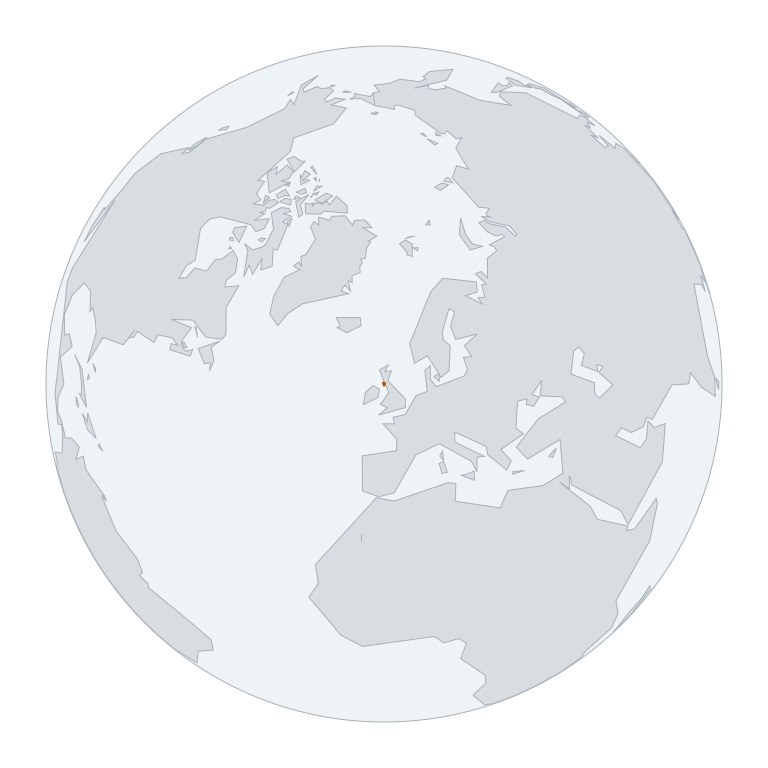 the Earth from above East Ayrshire
{"feature_id": "GBR-2001", "entity_name": "East Ayrshire", "entity_type": "Unitary District", "adm_level": 1, "iso_a3": "GBR", "parent_name": "United Kingdom", "parent_adm1": "", "projection": "orthographic", "projection_center": [-4.337, 55.451], "detail": "fine", "context": "on_globe", "style": "filled", "palette": "amber", "viewbox_px": 768, "rotation_deg": 0, "n_neighbors": 0, "source": "natural_earth", "source_scale": "10m", "svg_char_len": 10997}
<svg xmlns="http://www.w3.org/2000/svg" viewBox="0 0 768 768"><circle cx="384" cy="384" r="338" fill="#eef3f6" stroke="#a8b0b8"/><path d="M64.4,493.8L56.7,467.1L57.3,462.8L55.3,452.0L61.9,453.3L62.8,432.9L61.2,424.4L58.0,424.1L55.0,392.3L57.5,372.2L67.3,281.8L72.4,268.0L78.9,257.8L114.9,200.4L84.1,241.9L91.9,226.3L104.2,207.7L104.8,209.5L123.2,188.5L134.6,173.7L161.0,153.7L189.6,147.4L181.4,153.9L189.2,152.2L200.0,144.2L205.2,139.4L246.8,127.3L284.5,108.7L290.6,99.3L293.9,104.7L301.4,85.1L318.2,75.5L302.8,88.8L304.0,92.2L317.1,86.5L321.2,88.8L329.9,87.6L333.5,91.1L324.3,99.3L326.5,101.9L335.6,97.9L345.1,99.3L331.3,104.8L346.4,108.0L333.7,123.7L293.8,137.9L290.2,151.6L258.2,180.2L264.6,181.3L256.5,193.6L260.8,199.7L253.6,203.9L263.3,205.2L269.0,200.3L275.1,199.4L278.2,202.7L269.6,208.3L266.8,207.5L265.9,210.9L260.3,212.5L264.8,213.6L254.0,220.5L269.1,218.7L264.3,228.5L255.9,231.7L251.1,224.7L219.7,216.8L209.7,219.0L200.5,228.5L195.2,260.0L186.5,265.6L179.0,278.1L186.3,277.7L194.8,268.0L206.6,271.0L215.6,259.4L221.7,259.2L233.3,250.4L237.6,259.2L235.5,272.7L226.1,280.6L225.0,287.0L238.8,285.8L226.1,307.5L226.0,334.2L222.1,339.4L205.5,337.0L193.0,320.1L171.5,319.4L191.5,327.7L181.3,341.5L182.2,347.3L186.3,351.4L192.6,349.5L190.3,356.1L169.7,349.7L171.4,343.6L177.9,345.4L172.0,337.9L158.0,334.8L154.0,342.5L137.2,331.4L134.0,337.0L128.7,338.0L134.8,329.7L123.4,344.8L103.1,337.5L87.3,363.1L96.2,332.8L95.3,320.2L92.8,307.6L90.0,311.5L90.5,291.1L84.4,282.8L72.3,295.0L64.3,315.0L64.7,335.5L69.3,333.7L72.2,346.5L60.4,356.8L63.9,384.4L58.0,397.0L57.7,411.8L61.8,421.9L65.4,438.0L71.3,438.0L79.3,447.1L76.0,459.6L83.2,456.0L85.8,469.5L103.8,495.1L101.6,496.0L116.3,531.4L137.6,559.3L142.5,572.7L139.4,575.3L148.1,584.0L148.3,587.5L187.3,619.5L211.3,640.0L213.1,650.1L198.3,651.2L197.1,662.8L173.7,648.4L174.5,649.2L156.1,633.5L138.9,616.7L123.0,598.6L108.3,579.4L95.1,559.3L83.3,538.2L73.1,516.4L64.4,493.8ZM82.1,369.5L86.5,407.5L79.4,393.6L81.5,394.5L81.4,383.1L79.6,366.0L74.6,354.5L82.1,369.5ZM94.3,369.0L93.1,363.4L94.9,368.0L94.3,369.0ZM206.9,137.1L199.8,143.9L188.5,150.6L193.9,144.5L206.9,137.1ZM228.9,126.1L226.7,129.6L218.2,130.3L222.1,128.1L228.9,126.1ZM294.0,92.4L287.5,96.0L292.5,91.8L294.0,92.4ZM330.4,86.9L331.0,85.2L335.3,85.4L330.4,86.9ZM230.1,246.3L231.6,248.3L228.7,248.9L230.1,246.3ZM233.7,240.7L229.2,239.9L230.3,237.2L233.0,237.7L233.7,240.7ZM344.8,91.0L351.4,92.1L343.0,92.4L344.8,91.0ZM239.0,242.5L232.7,232.5L234.6,227.8L246.7,226.1L239.0,242.5ZM354.3,93.6L370.5,96.6L373.2,93.0L374.8,105.5L360.5,98.5L349.7,99.2L355.3,96.5L354.3,93.6ZM269.5,197.4L263.5,202.7L265.6,195.3L269.5,197.4ZM269.3,192.9L267.1,172.5L277.4,166.7L276.1,174.5L287.2,164.9L293.3,172.0L288.6,178.9L280.7,181.1L289.1,182.2L269.3,192.9ZM373.1,112.3L375.7,114.4L371.2,113.8L373.1,112.3ZM277.8,198.5L276.4,194.7L285.2,189.3L289.6,195.9L285.4,195.5L277.8,198.5ZM287.1,159.1L294.4,156.5L301.4,161.4L305.2,161.2L294.4,171.7L287.1,159.1ZM284.9,198.4L291.6,199.4L290.3,205.1L279.7,201.8L284.9,198.4ZM285.7,185.2L290.1,183.0L289.1,186.3L285.7,185.2ZM289.2,226.4L287.3,221.6L291.7,218.3L289.2,226.4ZM294.2,199.5L294.7,197.5L296.2,195.8L300.2,197.7L294.2,199.5ZM300.1,174.6L301.5,177.4L304.9,170.5L310.3,174.3L302.0,180.7L307.8,179.5L309.5,180.7L300.9,184.7L300.1,174.6ZM309.0,194.6L300.4,204.6L302.8,214.0L298.9,217.1L295.7,201.5L309.0,194.6ZM305.0,188.4L306.6,192.8L300.9,194.2L296.4,192.1L305.0,188.4ZM316.9,174.6L310.8,167.2L312.8,166.1L316.9,174.6ZM310.8,197.0L312.8,194.5L311.6,197.4L310.8,197.0ZM316.3,181.1L313.8,178.5L316.2,177.3L316.3,181.1ZM319.0,191.9L316.2,195.1L313.0,193.6L319.0,191.9ZM318.6,186.7L322.5,185.7L313.5,191.2L317.2,185.7L318.6,186.7ZM318.9,180.3L319.5,178.8L319.6,181.6L318.9,180.3ZM332.7,196.0L322.2,203.3L315.1,199.9L326.3,193.2L332.7,196.0ZM700.3,265.2L702.3,272.1L708.2,288.8L709.8,294.3L706.6,284.1L700.8,275.1L705.2,291.4L701.3,284.3L694.0,284.1L698.3,307.8L707.6,356.4L714.7,377.2L715.3,396.4L701.6,387.4L690.6,372.7L688.7,383.9L672.1,384.8L652.1,419.5L646.6,417.3L643.4,426.7L631.2,432.5L621.8,427.7L615.6,435.6L640.3,447.7L646.5,439.0L648.0,420.8L654.0,427.6L665.3,423.5L662.4,461.7L628.3,524.4L620.6,510.5L571.5,484.8L570.5,477.8L570.1,477.2L569.2,476.2L569.4,488.7L559.4,482.0L590.4,506.4L597.5,519.4L627.9,526.0L626.2,530.7L634.6,529.0L656.2,498.5L657.3,504.0L649.8,540.5L616.0,600.7L618.0,613.8L611.3,628.1L584.6,652.0L581.4,657.5L566.8,667.7L562.2,671.1L558.3,673.5L537.5,685.1L515.9,695.1L493.6,703.6L494.3,703.4L484.7,704.8L473.1,695.3L486.0,682.9L484.9,674.9L460.8,658.7L466.4,643.2L458.8,638.5L443.9,642.9L434.6,636.6L425.1,637.7L362.6,646.4L341.0,635.2L308.9,597.2L318.3,583.4L315.4,564.6L376.4,497.8L394.4,501.0L448.3,482.6L455.9,483.5L455.2,501.2L500.0,508.0L507.9,490.4L543.0,485.5L562.8,473.2L560.1,439.4L527.6,459.0L516.4,447.3L538.0,419.0L565.6,401.9L562.2,396.9L540.1,395.8L541.7,380.3L531.9,394.4L539.4,397.2L533.5,406.3L526.3,404.4L527.1,398.8L517.5,401.3L515.9,428.1L523.3,433.9L500.9,449.5L511.2,460.8L506.7,470.1L487.8,454.6L486.1,446.4L454.8,432.0L454.7,441.9L484.1,456.4L477.0,457.2L477.0,471.6L471.4,461.2L439.3,443.7L416.0,454.7L394.4,492.6L379.0,496.8L362.5,491.0L362.2,455.9L396.5,450.7L396.9,439.1L383.0,423.8L394.6,423.8L393.2,417.3L405.4,414.5L415.9,395.8L427.3,391.4L424.9,370.4L430.4,365.6L430.3,379.2L436.3,386.7L464.0,376.0L467.4,369.9L463.6,357.4L471.6,356.4L464.4,345.7L477.1,334.0L455.6,339.5L450.5,325.9L454.5,311.9L449.0,308.6L442.4,331.6L443.3,340.1L450.2,345.6L449.1,370.6L441.1,377.4L427.5,355.7L414.6,363.3L409.7,343.9L430.5,292.2L442.6,278.3L476.2,281.9L477.2,292.1L465.6,295.6L482.4,304.1L478.1,297.7L484.9,297.2L481.7,284.9L486.3,284.0L475.4,273.9L480.7,271.5L487.5,277.9L487.4,258.4L496.7,250.7L494.4,246.8L489.4,244.8L504.5,236.8L502.2,234.3L496.3,235.9L487.9,232.2L478.9,222.7L484.6,220.4L488.6,223.5L505.6,227.1L515.5,236.3L516.9,234.4L509.7,226.0L488.9,221.6L481.9,216.6L491.7,217.2L487.6,216.5L485.9,213.4L489.5,208.3L478.8,207.1L452.2,177.8L456.6,165.7L468.3,169.1L455.8,148.2L461.8,137.6L456.4,138.9L446.8,130.6L444.7,133.7L441.4,133.8L415.8,115.6L414.2,110.0L397.0,104.9L394.2,105.7L394.4,109.4L374.8,105.5L373.2,93.0L379.6,91.6L374.2,85.2L389.6,83.3L399.8,79.2L419.6,81.7L426.0,78.7L423.1,76.6L429.6,71.5L452.8,69.3L446.6,80.1L414.2,88.1L428.5,85.3L429.0,88.8L436.5,89.8L446.2,88.0L445.0,85.9L479.9,100.2L510.8,105.4L499.5,96.4L500.6,91.7L525.9,92.8L577.4,118.6L579.3,115.0L584.8,117.3L595.0,125.6L587.3,122.3L590.5,127.8L584.6,125.0L598.4,138.2L590.6,134.9L605.1,147.4L608.4,146.3L599.1,135.4L615.1,148.4L615.9,143.3L624.8,149.1L653.2,180.6L668.9,204.1L671.7,208.0L673.3,212.6L682.4,228.7L684.8,230.1L700.3,265.2ZM361.6,534.7L361.4,540.8L361.6,534.7ZM599.4,398.2L612.9,384.8L598.9,372.4L602.9,366.4L596.7,364.7L597.8,371.6L581.4,365.4L584.3,353.5L578.6,346.8L573.8,351.1L571.0,374.1L594.5,382.8L594.8,393.8L599.4,398.2ZM104.5,495.8L106.3,501.2L103.1,497.2L104.5,495.8ZM76.1,396.6L78.1,402.7L78.4,407.6L76.4,403.8L76.1,396.6ZM99.1,443.9L102.6,451.2L98.0,445.8L99.1,443.9ZM87.7,413.1L96.2,438.5L87.4,429.5L82.4,413.5L87.2,421.4L87.7,413.1ZM88.5,373.8L89.3,378.3L87.4,379.6L88.5,373.8ZM95.5,372.4L94.9,371.2L95.5,367.5L95.5,372.4ZM182.6,341.8L184.1,342.5L187.2,347.7L183.7,347.2L182.6,341.8ZM213.9,360.3L209.7,370.6L210.2,362.7L204.4,363.7L198.2,348.6L219.8,341.2L211.1,347.0L213.9,360.3ZM196.0,327.3L197.5,337.1L195.0,326.7L196.0,327.3ZM373.1,385.6L379.5,389.2L378.0,397.5L363.5,404.6L365.4,392.5L373.1,385.6ZM388.8,392.6L379.4,370.0L388.1,365.2L384.8,371.6L391.5,370.7L388.0,380.9L405.5,399.1L405.3,407.6L378.6,415.1L387.4,407.7L380.6,404.4L388.8,392.6ZM340.2,325.9L336.3,317.5L360.2,317.7L361.1,325.7L346.7,332.8L337.1,327.7L340.2,325.9ZM261.5,242.0L258.5,239.8L260.9,238.0L265.4,238.5L261.5,242.0ZM287.9,224.4L277.4,250.3L273.3,249.0L272.0,266.5L260.8,269.9L262.1,258.3L252.5,274.4L249.1,265.2L243.8,276.7L247.8,250.5L244.4,243.4L252.4,249.9L262.7,246.9L266.2,243.5L273.5,228.8L271.3,212.6L281.2,207.6L288.8,208.4L290.8,211.5L283.7,213.6L291.5,216.2L282.8,221.8L287.9,224.4ZM371.8,227.7L362.8,227.6L377.0,236.3L368.4,240.9L370.6,241.6L366.5,248.4L365.4,258.1L360.7,259.0L362.3,262.4L359.7,267.2L360.3,272.3L352.0,275.9L352.1,282.6L348.2,280.6L350.5,291.1L345.1,285.0L341.1,290.9L348.5,293.7L302.5,303.8L287.5,313.7L277.9,325.6L269.8,314.2L273.7,296.2L284.2,277.2L299.8,269.7L293.4,266.2L298.9,261.7L301.7,266.4L300.8,256.6L306.1,254.3L315.4,239.1L310.7,227.2L314.0,221.6L318.5,225.1L318.7,217.2L329.4,220.2L332.0,216.4L345.2,215.8L352.4,225.2L354.7,220.3L364.9,220.0L371.8,227.7ZM336.4,196.2L347.0,205.7L347.4,213.1L324.3,211.1L320.4,214.2L305.6,213.7L305.2,203.2L309.5,204.2L313.6,202.8L312.1,206.6L316.3,202.5L322.3,203.9L327.3,201.2L329.3,205.0L336.4,196.2ZM461.3,475.2L466.6,474.3L474.2,471.0L474.3,480.3L461.3,475.2ZM439.2,463.6L443.5,461.3L447.4,472.3L441.9,473.4L439.2,463.6ZM442.6,451.0L443.5,460.3L439.8,455.9L442.6,451.0ZM434.0,376.6L438.2,373.6L439.9,376.2L439.1,381.3L434.0,376.6ZM412.2,256.5L406.9,254.8L407.4,252.6L399.5,243.8L405.2,240.0L412.3,243.9L412.2,256.5ZM556.4,448.2L552.7,457.5L548.8,456.6L550.9,453.6L556.4,448.2ZM513.0,471.6L524.5,470.5L512.9,474.2L513.0,471.6ZM417.2,250.9L413.2,247.7L418.5,247.8L417.2,250.9ZM409.0,236.9L414.7,236.1L405.0,238.6L409.0,236.9ZM613.3,632.2L615.2,629.9L628.1,613.6L641.8,598.0L649.8,585.8L650.5,589.1L629.9,615.7L613.3,632.2ZM715.4,377.7L718.9,381.8L718.6,389.7L715.4,377.7ZM674.9,212.5L679.0,220.1L677.5,218.0L671.4,207.2L674.9,212.5ZM631.7,154.8L637.6,160.7L640.4,163.9L639.5,163.1L631.7,154.8ZM460.7,217.8L465.3,233.9L472.4,243.8L482.4,246.4L470.3,250.0L459.3,234.7L460.7,217.8ZM452.7,182.7L443.9,181.1L446.3,177.7L448.6,177.6L452.7,182.7ZM448.4,184.7L440.4,190.6L434.6,187.0L442.0,183.0L448.4,184.7ZM429.2,220.1L430.1,225.0L425.8,224.7L429.2,220.1ZM576.6,108.2L574.0,107.3L567.6,102.7L571.2,104.5L576.6,108.2ZM544.1,88.2L565.0,101.2L581.2,112.9L579.3,110.6L588.7,116.5L588.0,117.9L571.9,107.2L560.7,99.1L552.9,95.7L540.9,89.1L534.1,87.8L526.9,84.8L529.6,83.6L544.1,88.2ZM531.6,87.8L515.3,85.0L506.0,78.3L507.5,77.3L518.9,81.3L523.1,84.6L531.6,87.8ZM508.6,82.6L512.5,85.9L496.9,92.4L491.2,92.3L498.3,82.8L502.3,85.6L507.8,85.5L508.6,82.6ZM378.2,112.7L375.9,114.3L375.6,111.9L378.2,112.7ZM440.6,135.8L436.0,135.5L435.8,132.4L440.6,135.8ZM423.2,133.2L426.6,136.8L420.7,133.9L423.2,133.2ZM434.7,145.0L426.9,138.7L437.7,143.4L434.7,145.0Z" fill="#d9dde1" stroke="#a8b0b8" stroke-width="1"/><path d="M383.5,384.4L383.6,384.2L383.6,383.9L383.7,383.7L383.6,383.4L383.4,383.3L383.2,383.2L383.3,383.1L383.5,382.9L383.3,382.8L383.2,382.8L383.0,382.7L383.3,382.4L383.4,382.2L384.0,382.5L384.3,382.6L384.4,382.9L384.5,382.9L384.5,383.0L384.4,383.3L384.5,383.4L384.8,383.4L385.0,383.3L385.3,383.5L385.2,383.7L385.2,383.8L385.1,384.0L384.9,384.2L384.8,384.3L384.8,384.5L384.8,384.8L384.7,385.0L384.6,384.8L384.4,384.8L384.2,384.8L384.1,385.0L383.9,385.2L383.9,385.4L383.8,385.6L383.8,385.8L383.7,385.8L383.7,385.6L383.6,385.3L383.6,385.2L383.6,384.9L383.4,384.7L383.2,384.4L383.3,384.3L383.5,384.4Z" fill="#f59e0b" stroke="#b45309" stroke-width="1.5"/></svg>